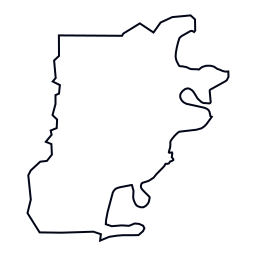 outline of Tensas, Louisiana, United States of America
{"feature_id": "52423323B9748869428654", "entity_name": "Tensas", "entity_type": "district", "adm_level": 2, "iso_a3": "USA", "parent_name": "United States of America", "parent_adm1": "Louisiana", "projection": "robinson", "projection_center": [-91.232, 31.991], "detail": "fine", "context": "isolated", "style": "outline", "palette": "ink", "viewbox_px": 256, "rotation_deg": 0, "n_neighbors": 0, "source": "geoboundaries", "source_scale": "gbopen_adm2", "svg_char_len": 2308}
<svg xmlns="http://www.w3.org/2000/svg" viewBox="0 0 256 256"><path d="M220.2,69.9L217.1,68.8L214.3,66.8L211.4,65.9L209.7,65.7L206.0,65.8L202.5,66.9L201.6,67.4L198.8,69.6L197.9,69.3L191.4,69.1L189.5,68.6L186.7,67.2L182.8,66.4L179.9,66.2L178.9,65.5L176.7,61.2L176.0,59.1L175.6,56.5L175.9,52.5L176.9,47.1L178.0,42.7L179.4,38.2L180.2,37.3L181.7,36.0L190.6,31.0L191.9,30.9L192.5,31.1L194.1,32.0L195.2,30.6L195.0,19.4L190.6,15.4L172.3,17.1L160.6,22.5L153.5,32.5L139.8,23.4L123.3,33.6L122.0,35.8L58.9,35.4L59.0,55.9L54.1,60.5L55.7,78.0L52.7,81.5L59.9,85.1L59.0,93.6L55.5,95.1L55.5,104.1L52.5,115.1L57.1,119.5L56.7,128.1L50.7,130.5L51.6,134.8L45.8,141.8L51.4,144.1L51.9,154.6L46.9,160.9L40.2,161.7L30.7,170.5L28.3,175.3L30.8,199.6L27.5,213.1L39.6,232.4L61.5,232.7L93.4,231.7L100.9,234.2L100.1,240.6L109.3,236.8L116.8,235.7L122.7,235.2L123.4,235.2L132.6,235.2L138.5,235.1L143.0,231.2L144.4,228.2L143.1,225.7L139.1,223.9L134.7,223.5L129.1,225.8L123.7,225.5L121.4,225.4L111.7,226.2L105.8,224.2L106.1,219.9L107.7,211.6L112.8,192.6L113.7,190.9L115.4,189.0L117.1,188.1L119.7,187.3L131.5,185.0L132.0,185.1L133.5,190.9L133.2,196.6L133.4,198.8L134.0,200.8L135.1,203.3L136.1,204.9L136.8,205.6L138.1,206.4L140.9,207.3L143.5,207.2L145.9,205.8L147.9,203.6L148.9,201.6L149.7,197.6L149.5,196.9L143.8,191.2L141.8,189.0L141.3,188.2L141.0,187.3L140.9,185.7L141.4,184.0L141.8,183.3L142.6,182.8L148.6,180.9L153.5,177.8L156.4,174.2L163.0,167.5L164.4,165.9L165.2,164.2L165.9,163.7L167.2,163.9L168.6,163.5L169.0,163.3L169.7,162.1L170.2,161.5L172.4,160.7L173.4,159.9L173.2,159.0L171.8,157.3L172.3,153.2L171.9,152.4L169.5,152.8L168.9,152.5L168.8,152.2L170.1,147.5L170.4,144.5L170.3,142.6L170.6,141.1L171.9,139.1L174.6,135.8L177.2,133.2L179.3,131.7L196.6,129.7L201.5,128.3L204.4,126.3L206.6,124.0L211.8,116.8L210.4,116.1L210.0,113.9L209.4,111.6L208.7,110.4L207.4,109.1L204.6,107.8L193.8,105.4L186.4,103.8L184.1,102.6L182.3,101.1L181.3,99.7L180.5,98.0L180.2,96.9L180.2,95.6L180.4,94.5L180.8,93.4L182.5,91.1L185.1,89.1L186.4,88.6L188.5,88.4L190.2,89.1L192.5,90.7L194.1,92.8L197.7,98.7L201.6,102.2L203.5,103.0L209.5,103.4L210.2,103.0L210.7,102.2L209.7,91.1L209.8,90.2L210.3,89.6L215.2,86.9L225.5,81.2L226.9,80.0L228.5,76.9L228.4,74.2L228.3,71.5L225.4,71.6L223.1,71.1L220.5,70.1L220.2,69.9Z" fill="none" stroke="#020617" stroke-width="2"/></svg>